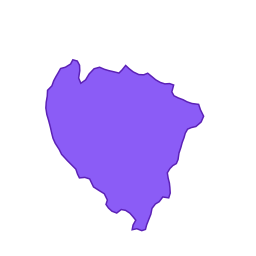 the district of Senador José Bento, Minas Gerais, Brazil, rotated 140°
{"feature_id": "56859067B70195017635128", "entity_name": "Senador José Bento", "entity_type": "district", "adm_level": 2, "iso_a3": "BRA", "parent_name": "Brazil", "parent_adm1": "Minas Gerais", "projection": "mercator", "projection_center": [-46.142, -22.156], "detail": "fine", "context": "isolated", "style": "filled", "palette": "violet", "viewbox_px": 256, "rotation_deg": 140, "n_neighbors": 0, "source": "geoboundaries", "source_scale": "gbopen_adm2", "svg_char_len": 1392}
<svg xmlns="http://www.w3.org/2000/svg" viewBox="0 0 256 256"><g transform="rotate(140 128 128)"><path d="M169.4,204.3L174.0,200.4L178.1,196.1L181.5,190.5L184.0,184.7L186.9,178.6L189.7,173.2L192.1,168.2L193.6,162.9L194.5,155.7L195.8,150.5L195.4,141.9L194.9,135.9L194.4,130.0L196.3,125.1L197.3,121.0L192.8,117.9L190.1,113.6L191.3,109.0L192.3,105.0L190.2,98.3L188.4,92.9L190.1,86.1L194.0,83.6L194.4,79.2L193.8,74.6L191.3,70.1L185.6,69.9L182.8,66.5L181.3,61.6L181.2,56.9L181.3,52.4L186.5,50.4L190.2,47.4L186.0,45.2L183.4,40.5L179.8,39.1L176.0,41.8L170.7,44.7L165.9,47.3L161.3,51.0L155.9,52.2L151.5,51.5L145.7,52.8L141.7,48.3L137.5,51.0L134.1,55.6L131.7,59.2L129.4,63.9L126.7,68.4L121.9,70.0L117.9,70.4L113.8,69.7L109.9,71.7L105.1,76.0L100.2,79.0L95.9,82.0L91.3,84.6L87.5,87.2L83.1,88.8L79.4,87.7L75.0,85.5L68.1,85.6L62.5,88.4L60.8,95.4L58.7,100.7L63.3,105.7L66.0,110.2L67.6,114.2L70.2,118.8L72.1,123.2L71.2,127.5L65.4,131.6L67.6,135.3L71.4,138.1L74.0,142.2L75.8,147.1L76.7,152.1L77.7,157.3L81.7,158.6L85.4,162.0L87.9,167.5L89.0,172.5L89.6,177.4L95.2,176.3L99.6,175.9L103.1,180.7L105.9,184.4L108.4,188.2L110.7,192.8L115.9,195.2L122.9,194.4L129.6,192.1L135.4,192.6L133.7,198.0L128.1,202.9L124.8,207.2L123.8,211.9L126.4,215.7L130.9,213.9L136.9,214.8L141.4,216.9L145.9,215.2L150.4,213.6L154.6,211.9L159.2,209.2L165.4,208.6L169.4,204.3Z" fill="#8b5cf6" stroke="#5b21b6" stroke-width="1.5"/></g></svg>